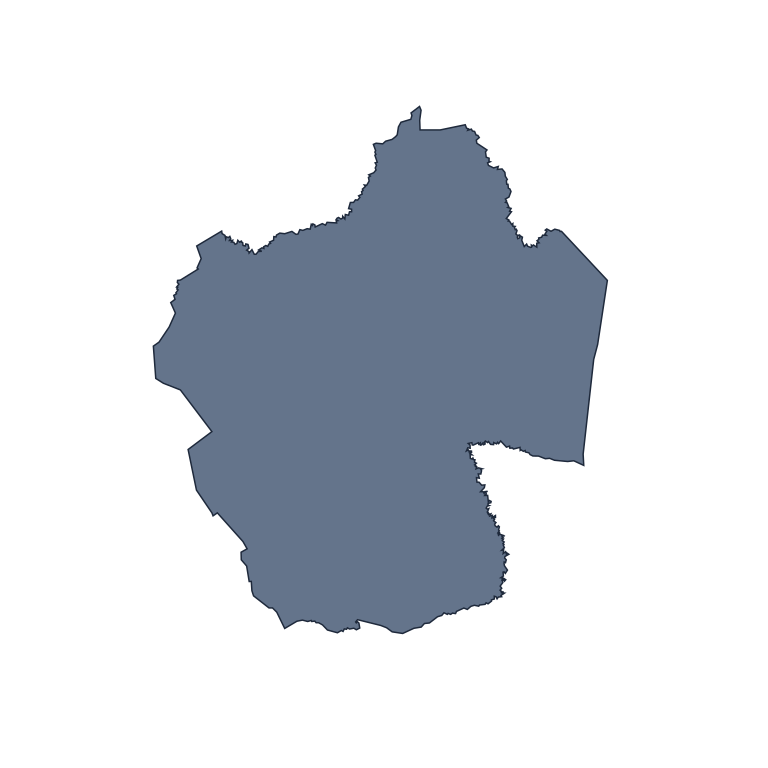 Villaguay, Entre Ríos, Argentina, rotated 133°
{"feature_id": "61730980B76391862557900", "entity_name": "Villaguay", "entity_type": "district", "adm_level": 2, "iso_a3": "ARG", "parent_name": "Argentina", "parent_adm1": "Entre Ríos", "projection": "robinson", "projection_center": [-59.127, -31.648], "detail": "fine", "context": "isolated", "style": "filled", "palette": "slate", "viewbox_px": 768, "rotation_deg": 133, "n_neighbors": 0, "source": "geoboundaries", "source_scale": "gbopen_adm2", "svg_char_len": 6171}
<svg xmlns="http://www.w3.org/2000/svg" viewBox="0 0 768 768"><g transform="rotate(133 384 384)"><path d="M139.0,501.4L159.9,516.2L173.6,530.9L166.7,537.8L158.5,543.6L156.8,547.3L167.3,549.1L168.6,546.7L172.1,544.9L181.0,550.1L186.1,548.8L192.7,544.3L195.1,544.2L199.6,544.9L205.3,548.4L209.2,548.7L213.3,554.0L216.0,555.2L219.0,549.3L220.6,548.8L221.6,546.5L222.9,546.7L226.4,540.2L228.3,541.3L229.1,538.7L232.0,537.7L232.9,535.8L236.5,535.6L241.4,537.8L241.3,535.8L243.5,536.3L245.7,533.3L250.5,532.2L251.9,534.1L252.3,532.3L256.2,532.7L256.8,531.3L258.6,531.6L260.0,529.5L263.7,530.9L264.0,528.9L267.5,528.7L268.8,530.5L271.9,530.1L274.2,532.4L279.9,529.5L278.3,526.9L280.1,525.2L281.6,526.7L284.7,525.0L286.4,527.9L290.0,525.2L289.5,528.6L290.9,527.4L292.7,528.0L293.2,530.8L294.7,531.4L296.5,531.1L296.1,529.3L297.3,530.2L298.5,528.5L304.6,535.9L307.7,535.1L308.8,538.5L316.1,541.4L314.8,543.0L315.4,545.2L316.9,544.6L316.8,546.1L321.1,543.6L322.8,546.1L327.0,548.1L328.5,550.8L333.0,549.2L334.6,550.5L335.2,555.4L341.8,559.1L344.7,563.1L348.4,564.2L350.1,563.3L351.3,565.1L354.2,562.8L358.2,564.5L358.5,562.9L360.3,563.7L362.6,562.9L363.3,564.9L365.7,565.6L366.8,564.3L367.6,566.1L371.4,567.1L370.3,563.9L372.8,566.3L376.4,566.1L377.6,567.4L375.8,572.2L380.2,572.0L379.3,573.2L379.8,575.7L376.8,575.3L374.7,578.6L375.8,580.6L377.7,579.6L378.8,581.6L377.0,583.8L377.6,585.4L376.2,585.7L378.8,586.4L378.6,588.9L381.6,587.4L383.4,588.2L382.8,590.6L384.2,592.4L382.1,592.7L384.4,594.9L382.2,595.3L381.2,597.4L383.0,597.7L383.9,599.7L385.8,598.8L383.8,601.6L384.4,605.0L382.9,607.0L410.8,615.1L417.0,603.2L426.6,599.9L426.6,598.3L446.9,603.8L449.0,605.6L450.7,604.4L450.9,602.1L454.6,601.8L454.0,600.8L455.8,600.3L455.6,598.8L459.2,598.4L459.5,597.3L462.6,598.2L464.6,594.6L469.9,595.5L474.4,584.9L488.8,580.0L506.8,577.1L513.6,578.5L535.6,554.7L533.9,545.8L527.2,528.9L536.2,477.4L565.5,482.6L589.5,448.8L595.6,422.0L597.0,419.1L591.9,418.0L595.4,379.7L597.9,371.7L604.5,373.8L609.9,368.5L610.8,360.3L620.4,347.9L618.9,346.4L625.3,339.6L627.9,334.9L626.2,315.4L623.8,312.8L624.0,306.8L630.5,289.9L616.9,285.9L612.3,282.6L609.7,277.8L606.6,276.0L607.0,274.9L604.6,272.9L604.9,270.9L603.2,269.0L602.1,264.7L602.5,257.6L597.7,248.4L593.4,247.1L592.9,245.2L590.2,246.0L588.9,244.1L587.3,244.5L586.7,242.1L583.2,239.5L582.6,236.6L579.0,235.3L575.9,239.4L576.0,241.5L577.6,241.4L577.4,242.5L574.4,242.6L562.8,221.7L560.5,215.9L559.7,209.0L553.7,200.2L542.2,195.5L536.4,191.0L531.6,191.1L527.8,187.8L517.6,186.1L513.9,183.9L510.4,184.1L509.3,180.6L508.1,180.7L507.0,178.1L504.9,177.7L503.1,175.1L500.9,175.9L493.4,172.8L492.0,169.3L487.3,168.8L484.2,167.0L481.9,163.2L480.5,163.4L476.2,159.8L474.4,160.1L473.8,158.0L469.5,157.3L468.6,158.2L466.0,156.7L464.0,158.6L463.2,157.0L464.0,154.8L461.9,155.1L459.3,152.9L458.8,154.3L454.8,153.3L456.0,154.9L454.3,155.2L456.5,155.8L455.7,156.7L456.4,157.2L455.6,157.1L455.6,158.5L453.1,158.6L452.6,161.2L448.1,161.7L447.2,163.3L445.6,162.9L446.0,161.4L444.1,161.5L444.5,163.9L446.3,164.3L445.0,165.0L446.0,166.4L443.0,165.7L440.4,168.6L439.5,168.1L439.8,166.1L435.9,166.8L434.8,171.9L433.4,173.8L432.2,174.7L431.8,173.3L429.2,174.7L429.0,177.1L427.7,177.9L423.4,176.6L423.8,179.3L424.7,178.9L423.7,180.7L426.7,181.2L423.8,183.3L425.3,184.5L421.6,184.3L420.6,186.7L419.5,186.9L419.7,188.1L417.6,188.4L417.9,190.7L415.9,190.9L416.6,192.3L414.9,192.3L415.6,192.8L414.9,193.9L413.3,193.3L414.9,196.9L416.5,197.1L415.8,198.2L414.5,197.3L413.9,198.2L414.9,199.2L412.7,199.6L412.6,200.7L409.8,202.2L409.7,203.7L411.6,203.7L411.9,206.1L411.0,207.5L409.0,207.6L409.3,210.6L407.7,210.8L407.6,212.6L405.6,211.4L404.2,212.8L408.1,213.9L406.2,215.2L408.3,216.5L406.1,217.3L408.3,218.4L407.6,220.2L407.2,219.1L406.8,221.2L403.6,222.4L405.1,223.1L405.1,224.6L402.9,225.2L401.2,224.2L401.7,225.3L400.3,226.4L398.0,224.9L396.8,225.6L397.4,227.6L398.9,227.5L394.8,232.2L396.7,234.2L394.6,234.2L393.8,235.9L391.8,235.1L394.0,236.9L395.7,236.2L395.1,238.0L396.9,239.9L391.4,239.9L389.0,241.4L391.4,243.6L391.0,247.5L392.4,249.1L389.4,252.5L387.9,250.1L385.5,253.7L383.8,251.8L380.9,253.5L380.3,255.1L379.1,254.4L380.9,257.7L383.2,258.8L381.3,259.6L381.3,260.9L382.5,260.7L381.1,261.4L381.3,262.6L378.9,262.4L379.5,264.5L377.4,265.8L378.3,266.9L377.5,268.5L378.8,268.4L379.5,270.1L376.9,272.9L375.8,271.4L376.0,274.3L374.2,273.4L373.4,274.3L374.8,275.9L375.5,275.2L374.7,277.4L376.7,278.1L373.5,279.2L372.2,277.2L369.9,279.5L370.0,281.8L367.0,279.7L368.4,278.0L367.9,277.1L362.6,274.9L363.4,273.7L361.5,273.4L363.0,272.3L362.7,271.4L360.2,271.5L360.7,269.9L359.2,269.1L358.2,269.8L358.8,270.9L356.6,271.0L356.2,268.3L354.8,268.3L355.5,264.9L353.6,262.5L352.0,263.8L351.0,260.8L349.2,261.2L349.4,259.5L346.1,259.8L346.7,251.4L343.8,249.8L345.1,248.2L343.1,246.3L343.3,245.0L337.6,241.3L339.7,239.1L338.7,238.9L338.2,236.2L336.4,235.4L337.3,234.2L335.5,231.1L336.0,229.0L335.1,226.0L331.3,221.8L328.6,215.0L325.4,212.2L323.5,207.3L315.4,196.8L310.7,192.8L307.3,182.4L299.5,190.5L223.0,247.4L209.4,254.7L155.9,291.3L151.3,358.3L152.4,359.3L151.9,360.3L154.3,364.7L158.4,366.0L159.6,370.7L161.5,371.0L161.2,369.1L164.6,368.5L164.6,366.7L167.0,369.5L169.2,368.8L171.7,370.5L172.6,369.4L174.9,369.8L175.0,366.9L176.9,368.3L179.7,365.6L180.4,369.5L181.7,369.6L181.9,371.0L183.4,369.4L184.2,370.0L185.3,373.0L184.4,375.1L187.8,375.2L184.9,381.3L182.2,382.9L182.8,385.9L184.5,384.4L186.5,385.3L185.6,386.8L183.3,387.0L184.3,387.7L184.3,389.9L181.1,391.3L180.6,392.9L181.6,393.2L180.6,395.4L179.3,395.5L180.7,397.5L178.8,399.2L180.3,399.4L179.3,403.2L180.1,404.3L178.9,404.6L179.6,407.4L171.1,408.3L172.0,410.0L168.9,410.8L170.5,413.9L169.3,413.6L167.5,417.5L168.3,419.0L166.6,419.0L165.9,421.4L162.1,420.1L156.6,422.4L155.5,425.0L156.0,426.6L153.4,429.5L154.2,430.5L151.8,433.2L150.3,433.3L149.3,437.0L146.8,439.9L146.2,444.3L149.7,447.4L147.0,448.8L151.2,451.2L152.9,456.7L151.6,459.1L149.0,457.9L149.5,459.1L147.2,461.1L148.4,463.9L145.0,468.1L142.6,468.3L144.6,480.3L142.7,482.8L138.8,482.4L138.2,484.9L139.1,486.5L137.5,490.0L138.7,491.9L138.0,493.9L141.3,495.8L139.8,496.2L140.6,498.1L139.0,501.4Z" fill="#64748b" stroke="#1e293b" stroke-width="1.5"/></g></svg>